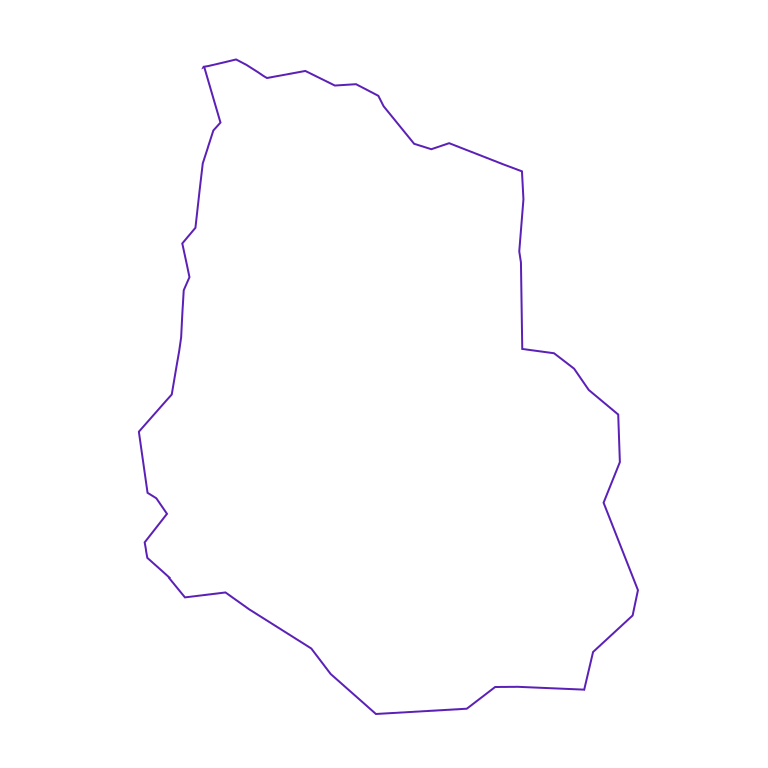 Batsu'mber, Töv, Mongolia, rotated 88°
{"feature_id": "93677404B9757531437385", "entity_name": "Batsu'mber", "entity_type": "district", "adm_level": 2, "iso_a3": "MNG", "parent_name": "Mongolia", "parent_adm1": "Töv", "projection": "mercator", "projection_center": [106.756, 48.416], "detail": "fine", "context": "isolated", "style": "outline", "palette": "violet", "viewbox_px": 768, "rotation_deg": 88, "n_neighbors": 0, "source": "geoboundaries", "source_scale": "gbopen_adm2", "svg_char_len": 1372}
<svg xmlns="http://www.w3.org/2000/svg" viewBox="0 0 768 768"><g transform="rotate(88 384 384)"><path d="M696.5,194.6L659.1,184.4L624.0,143.6L598.9,137.4L580.2,144.0L564.1,149.7L510.3,168.7L470.3,151.0L422.7,151.0L397.1,179.6L375.3,193.5L359.2,213.0L353.8,244.6L267.3,242.9L256.2,244.2L204.3,238.2L176.3,238.7L168.5,257.5L145.6,310.5L151.0,328.5L145.0,345.5L106.4,374.7L95.8,379.6L83.4,401.5L84.0,422.7L68.4,451.7L74.1,490.3L72.0,493.6L67.7,499.5L60.3,510.3L54.5,520.5L56.7,531.3L60.1,548.5L60.7,553.2L61.1,553.4L61.0,553.2L60.9,552.6L61.3,552.5L99.4,542.8L117.0,538.3L121.9,543.0L123.0,544.1L124.7,545.7L141.0,551.6L141.7,551.8L157.4,557.5L157.7,557.5L173.4,559.9L183.9,561.5L221.3,567.0L229.5,574.4L229.6,574.5L236.5,580.7L238.1,580.4L254.8,577.4L257.6,576.9L270.4,574.7L271.1,575.0L279.6,579.1L283.2,580.8L283.6,580.9L297.4,582.2L303.5,582.8L311.4,583.5L330.3,585.1L344.2,587.6L358.4,590.6L387.1,596.5L392.8,602.0L420.2,627.9L423.1,630.6L423.6,630.6L446.2,628.2L484.5,624.1L486.9,620.5L488.9,617.5L490.3,615.5L504.3,606.6L505.4,605.9L505.7,605.7L506.2,605.4L508.9,607.7L533.9,628.7L541.1,627.7L542.6,627.6L549.5,626.6L564.2,611.2L567.5,607.8L570.0,605.2L570.2,605.5L570.3,605.6L590.3,590.4L586.8,549.7L604.5,526.6L645.8,465.9L672.0,447.4L713.5,403.6L711.4,312.6L690.7,283.5L691.3,260.8L696.4,195.1L696.5,194.6Z" fill="none" stroke="#5b21b6" stroke-width="2"/></g></svg>